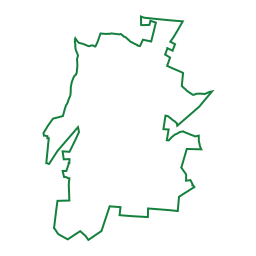 Abalá, Yucatán, Mexico, rotated 89°
{"feature_id": "50627088B14708178050051", "entity_name": "Abalá", "entity_type": "district", "adm_level": 2, "iso_a3": "MEX", "parent_name": "Mexico", "parent_adm1": "Yucatán", "projection": "mercator", "projection_center": [-89.689, 20.66], "detail": "fine", "context": "isolated", "style": "outline", "palette": "green", "viewbox_px": 256, "rotation_deg": 89, "n_neighbors": 0, "source": "geoboundaries", "source_scale": "gbopen_adm2", "svg_char_len": 3777}
<svg xmlns="http://www.w3.org/2000/svg" viewBox="0 0 256 256"><g transform="rotate(89 128 128)"><path d="M46.0,159.4L45.3,160.9L45.0,161.2L44.7,162.5L45.3,164.8L45.5,165.2L45.4,166.4L44.1,169.1L43.2,171.4L43.1,171.6L42.0,175.6L40.5,177.1L37.4,179.1L38.8,179.6L40.0,179.5L40.6,179.6L40.9,179.7L41.6,179.6L41.9,179.5L42.9,179.3L43.7,179.2L44.1,179.1L45.1,179.4L46.2,179.2L47.1,179.2L48.8,178.9L54.6,176.7L58.1,177.7L58.9,177.8L60.6,177.6L62.0,177.6L64.1,177.5L67.2,177.7L68.0,178.0L69.2,178.0L72.2,178.4L72.8,178.9L73.6,179.0L73.9,179.4L74.0,179.4L74.5,180.1L75.1,180.7L75.2,180.8L76.6,181.6L76.9,181.7L80.8,183.3L86.1,184.5L89.7,184.6L93.5,184.9L95.0,185.3L99.5,187.3L101.1,187.7L103.4,188.9L104.2,189.6L108.5,191.0L114.9,192.9L115.8,196.4L116.5,199.2L117.3,202.8L119.8,204.7L121.1,205.6L122.0,206.2L122.4,206.6L123.0,207.0L124.4,208.1L127.1,209.7L131.5,212.6L134.1,212.2L134.0,211.7L134.3,210.8L134.8,208.7L136.8,208.8L136.8,207.4L161.6,210.3L161.6,209.8L162.1,209.0L162.6,207.6L149.6,198.8L126.3,178.0L127.6,177.7L131.3,177.1L138.5,180.6L150.8,186.9L150.2,193.8L158.2,192.8L158.1,187.1L161.1,187.2L161.9,187.2L162.0,188.0L163.6,188.1L169.9,190.5L169.8,194.1L175.9,192.8L176.0,190.8L177.1,188.9L177.2,187.5L177.5,187.5L183.1,188.2L199.5,187.9L199.6,199.8L210.3,201.4L219.6,202.7L226.9,203.7L227.3,203.2L232.9,199.6L238.3,190.2L233.3,182.4L230.3,177.6L235.3,172.2L239.2,169.6L230.5,156.3L206.0,147.7L207.0,136.9L215.0,137.9L215.4,134.1L216.3,124.5L217.4,109.7L208.8,109.3L210.9,87.6L211.9,79.7L197.7,78.2L195.4,74.6L191.6,68.3L188.2,62.7L186.6,63.8L186.4,64.6L185.5,64.4L181.8,66.2L181.7,66.2L181.2,66.5L181.5,68.7L181.5,68.9L181.7,70.9L181.4,70.9L180.8,70.8L177.0,70.7L175.4,70.7L168.5,75.4L168.4,75.3L150.0,69.6L150.6,55.1L150.4,55.2L150.2,55.3L148.2,56.1L147.1,56.5L145.0,56.8L143.3,57.2L142.4,57.4L136.9,57.4L137.6,61.2L136.9,62.4L136.5,63.7L132.9,72.1L132.3,72.9L133.0,76.5L134.2,78.4L134.5,79.0L135.0,80.2L135.2,80.9L135.7,81.6L137.0,83.3L138.4,84.9L140.4,86.8L140.8,87.4L141.1,87.6L140.9,89.4L130.2,87.4L129.8,92.6L116.7,90.4L116.3,90.3L116.7,88.5L117.1,87.6L118.1,86.4L118.8,85.6L119.1,85.1L120.8,83.2L122.3,81.0L123.6,79.7L124.4,78.9L125.4,78.9L126.6,78.7L114.8,64.6L114.2,63.9L107.8,56.3L100.7,50.2L92.9,43.4L93.3,45.4L93.4,45.8L93.9,47.3L95.4,50.8L95.3,51.3L95.2,52.2L95.0,53.9L94.9,54.9L94.9,56.0L95.0,56.8L94.9,57.0L94.9,58.0L95.0,58.9L95.0,59.3L95.4,60.0L95.8,61.2L96.0,61.9L96.0,62.1L96.0,62.4L95.8,62.8L95.1,63.8L94.3,64.9L93.7,65.9L93.4,66.3L92.9,67.1L92.5,67.5L92.1,68.1L91.9,68.3L91.5,68.7L91.2,69.1L90.4,69.7L88.4,72.1L87.8,72.5L87.5,72.9L86.9,73.5L74.1,72.0L73.8,72.1L72.1,75.7L71.9,76.1L71.5,77.0L71.2,77.8L70.8,78.7L70.4,79.5L70.0,80.3L69.7,81.2L69.5,81.5L69.3,82.0L68.9,82.8L66.6,87.8L58.3,84.7L55.2,89.6L49.0,87.2L48.9,87.2L51.5,82.1L45.0,79.5L42.5,84.2L38.3,81.1L30.6,76.3L22.3,71.4L21.1,83.7L19.5,97.6L18.0,110.0L16.8,113.1L25.2,113.1L25.4,111.3L25.3,104.8L21.2,103.7L23.1,98.3L34.9,101.4L41.9,103.3L40.0,111.5L46.3,114.6L45.8,117.0L45.5,117.1L45.1,117.3L44.8,118.1L44.7,118.3L44.5,118.7L44.3,119.0L44.2,119.3L44.0,119.8L43.8,120.1L43.5,120.7L43.2,121.2L42.8,121.9L42.5,122.4L42.5,122.6L42.1,123.3L41.9,123.7L41.7,124.0L41.4,124.4L41.0,124.9L40.8,125.1L40.2,125.4L39.8,126.1L39.4,126.5L38.6,127.3L37.9,128.0L37.7,128.2L37.6,128.4L37.0,129.3L36.8,130.1L36.6,130.5L35.8,131.2L35.4,131.8L35.2,132.0L34.8,132.3L34.4,133.0L33.9,133.5L34.0,134.2L34.2,134.8L34.2,135.6L34.1,136.2L34.0,136.7L33.9,137.1L33.8,137.8L33.7,138.8L33.7,139.1L33.6,139.7L33.5,140.5L33.4,141.2L33.3,141.7L33.1,142.8L33.4,144.0L33.4,144.5L33.6,145.1L33.6,145.4L33.5,145.8L33.4,146.0L33.5,146.7L33.5,147.7L33.6,148.4L33.5,149.0L33.5,149.3L33.4,149.9L33.4,150.5L33.2,152.2L33.1,152.8L33.0,153.8L41.1,156.8L45.7,159.0L46.0,159.4Z" fill="none" stroke="#15803d" stroke-width="2"/></g></svg>